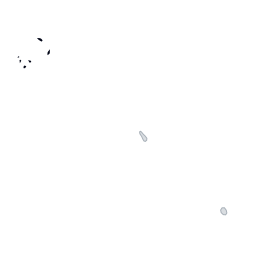 location of Lhaviyani within Maldives, rotated 308°
{"feature_id": "MDV-5229", "entity_name": "Lhaviyani", "entity_type": "Atoll", "adm_level": 1, "iso_a3": "MDV", "parent_name": "Maldives", "parent_adm1": "", "projection": "natural_earth1", "projection_center": [73.476, 5.394], "detail": "coarse", "context": "in_parent", "style": "filled", "palette": "ink", "viewbox_px": 256, "rotation_deg": 308, "n_neighbors": 0, "source": "natural_earth", "source_scale": "10m", "svg_char_len": 928}
<svg xmlns="http://www.w3.org/2000/svg" viewBox="0 0 256 256"><g transform="rotate(308 128 128)"><path d="M131.5,149.2L129.8,150.3L128.1,149.9L127.6,148.5L128.4,146.5L129.8,143.9L130.7,141.0L132.1,139.5L133.2,140.0L133.0,141.6L132.5,143.8L132.2,146.6L131.5,149.2ZM121.9,258.2L119.7,258.4L118.4,256.4L118.7,253.5L120.4,251.5L123.0,251.3L124.5,253.1L123.7,256.0L121.9,258.2Z" fill="#d9dde1" stroke="#a8b0b8" stroke-width="1"/><path d="M143.3,2.8L143.9,3.7L144.1,4.6L144.0,5.6L143.6,6.6L143.2,3.4L143.3,2.8ZM139.7,18.7L138.6,19.5L138.1,19.6L137.4,19.4L137.9,19.0L138.6,18.8L139.2,18.7L139.7,18.7ZM112.5,8.7L112.7,8.9L113.0,8.8L113.1,9.2L112.1,9.3L111.9,9.0L112.1,8.9L112.4,8.8L112.5,8.7ZM120.0,9.4L120.1,9.7L120.3,9.9L120.3,10.1L120.2,10.2L119.8,10.0L119.8,9.8L119.9,9.6L120.0,9.4ZM115.3,1.7L114.7,1.8L114.9,1.6L115.3,1.7ZM116.5,-2.4L116.5,-2.0L116.3,-1.8L116.5,-2.4Z" fill="#0f172a" stroke="#020617" stroke-width="1.5"/></g></svg>